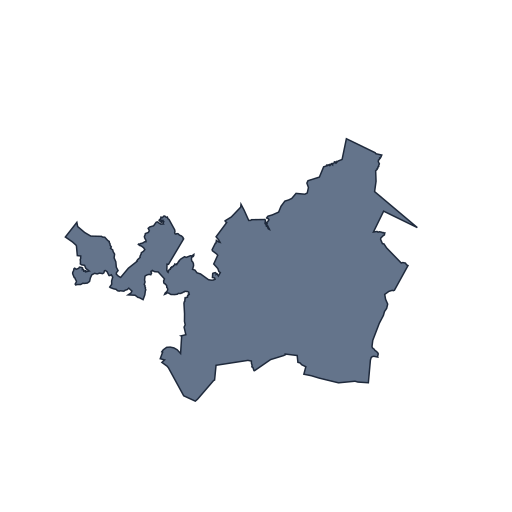 Tlapa de Comonfort, Guerrero, Mexico (orthographic projection), rotated 126°
{"feature_id": "50627088B88355080019146", "entity_name": "Tlapa de Comonfort", "entity_type": "district", "adm_level": 2, "iso_a3": "MEX", "parent_name": "Mexico", "parent_adm1": "Guerrero", "projection": "orthographic", "projection_center": [-98.572, 17.528], "detail": "fine", "context": "isolated", "style": "filled", "palette": "slate", "viewbox_px": 512, "rotation_deg": 126, "n_neighbors": 0, "source": "geoboundaries", "source_scale": "gbopen_adm2", "svg_char_len": 6166}
<svg xmlns="http://www.w3.org/2000/svg" viewBox="0 0 512 512"><g transform="rotate(126 256 256)"><path d="M310.1,114.7L299.1,102.3L298.1,99.5L292.5,90.6L272.9,102.3L270.5,103.1L269.1,102.8L267.9,101.8L266.2,98.1L265.9,98.5L263.5,99.5L262.9,100.1L262.4,102.4L262.5,104.3L262.0,105.4L261.9,107.8L261.0,109.0L255.5,112.0L238.0,116.7L229.2,118.0L225.4,119.4L221.6,119.5L217.5,121.2L214.8,125.8L211.4,129.3L206.5,127.7L203.7,125.6L203.4,124.6L202.3,123.9L174.4,127.4L174.6,129.1L173.9,130.9L175.0,133.4L176.3,134.4L172.7,155.1L171.0,159.6L171.7,161.0L169.3,165.0L168.1,165.6L164.6,165.0L163.5,164.5L161.6,165.4L162.2,166.1L162.3,167.1L162.9,167.5L162.9,168.3L163.8,170.4L165.0,171.2L165.0,172.5L167.6,175.1L144.7,179.1L138.2,142.2L134.2,197.9L125.0,202.8L116.7,209.3L114.7,208.9L114.1,209.4L113.2,209.1L112.5,209.7L111.5,209.3L111.1,209.8L108.9,210.4L107.8,212.6L106.6,213.0L106.5,213.3L105.0,213.0L104.0,213.6L103.8,213.0L102.6,213.1L100.4,213.6L102.8,219.1L102.4,220.2L108.0,251.8L127.3,243.1L131.1,245.5L133.4,245.8L132.8,246.5L133.7,246.5L133.4,247.1L133.7,247.8L134.2,247.4L135.0,247.6L136.0,248.3L137.2,247.6L137.0,249.2L137.9,249.2L138.2,249.9L138.8,250.3L138.8,249.3L139.5,249.4L139.8,250.8L140.1,251.4L140.8,251.3L141.0,252.3L142.0,252.1L144.1,253.7L154.9,251.1L164.5,258.2L167.1,257.7L169.8,253.8L174.9,251.6L177.3,252.8L181.8,260.4L188.4,260.9L191.4,262.5L194.6,264.9L201.0,265.0L207.2,263.5L213.2,267.0L216.7,269.7L217.3,269.8L218.9,269.8L219.1,269.0L218.5,268.3L218.9,267.0L219.4,266.8L221.7,266.7L222.7,267.4L223.2,266.8L223.2,266.1L224.1,265.9L224.7,265.2L224.9,263.7L225.7,262.9L226.0,261.6L226.6,260.7L226.8,262.0L226.2,263.1L225.4,263.5L225.8,265.0L225.6,265.5L224.8,265.8L224.4,267.8L221.7,269.3L221.2,270.2L229.3,281.0L230.3,281.2L231.5,282.8L225.9,292.6L223.0,298.5L225.4,297.1L238.9,298.9L245.7,301.7L246.1,301.1L246.2,299.4L263.9,299.6L264.9,295.7L266.1,293.1L266.7,294.7L266.7,297.2L269.0,296.0L269.5,296.4L276.7,295.2L277.4,294.3L277.5,288.9L277.9,287.4L287.3,285.5L288.6,279.5L290.4,276.9L290.4,275.1L294.3,274.7L293.3,276.9L294.3,277.4L293.5,277.8L293.3,279.1L295.2,280.7L295.7,280.7L299.0,278.6L298.1,276.6L298.9,275.4L300.8,276.6L301.8,277.9L303.1,280.5L303.1,290.3L304.3,293.9L303.3,297.1L304.1,299.5L300.5,300.8L299.0,302.1L298.1,303.5L297.8,305.0L296.5,306.4L294.9,307.3L293.3,306.5L292.2,306.6L291.3,307.2L293.2,307.8L293.9,308.3L294.3,309.2L298.1,311.6L298.6,313.4L302.8,315.1L305.0,315.4L305.5,315.1L305.9,315.4L308.5,315.1L308.9,315.5L309.4,315.3L309.3,315.7L310.2,316.1L310.2,316.9L311.0,316.6L312.4,317.1L312.8,316.8L314.0,317.2L314.3,317.8L315.2,317.6L315.5,318.1L317.1,317.5L317.5,318.1L319.1,318.2L320.9,317.5L320.8,318.4L319.8,319.9L314.9,323.2L314.2,321.9L284.7,324.6L284.7,325.2L283.9,325.9L283.6,328.1L284.1,330.2L283.8,332.1L284.3,333.1L285.4,333.7L285.6,334.6L284.9,335.6L283.9,335.9L282.6,337.2L277.6,347.8L277.6,349.2L276.6,350.6L277.3,351.1L277.5,352.1L277.3,353.3L278.0,354.1L280.1,354.3L280.4,354.8L280.3,355.8L280.6,356.3L280.5,355.7L280.9,355.2L281.6,355.3L282.4,354.8L283.1,355.4L284.1,355.4L284.4,354.9L284.2,353.9L282.8,353.4L282.3,352.7L283.8,353.2L285.0,352.1L283.6,352.7L283.3,351.1L281.7,351.1L284.3,350.3L284.5,349.7L286.2,351.7L286.4,355.9L287.4,356.6L291.8,356.6L294.9,359.0L297.0,359.5L298.3,357.1L300.3,357.0L302.9,358.7L304.1,358.1L305.8,357.8L306.7,356.9L308.0,354.3L309.1,353.4L309.9,354.4L312.3,355.4L314.0,356.9L314.9,357.0L315.3,358.0L315.8,358.0L315.8,355.9L315.3,354.8L315.4,351.7L316.2,349.7L318.3,349.8L320.8,350.7L321.9,350.1L324.4,349.7L325.2,348.9L328.4,349.6L330.1,349.5L330.2,349.1L340.9,352.1L352.9,352.9L353.2,355.5L352.8,358.3L351.6,359.1L348.9,359.0L347.2,362.4L343.1,366.0L340.9,369.7L337.6,371.5L336.5,374.1L335.3,375.5L335.3,378.2L333.7,378.4L333.0,380.4L331.9,381.3L331.3,382.7L330.5,383.3L330.6,385.0L329.7,389.4L330.9,391.2L330.9,392.5L337.0,401.3L337.7,408.4L337.0,417.6L334.1,420.7L352.7,421.4L352.5,412.7L353.0,408.0L353.4,407.2L360.7,400.8L359.0,397.8L361.1,396.4L362.2,396.1L364.0,394.5L365.7,393.5L365.6,391.8L364.3,389.2L366.0,386.5L366.2,382.1L369.1,384.6L369.0,385.0L368.1,385.2L369.5,386.5L368.5,387.3L368.4,388.1L369.0,388.5L367.6,389.4L368.0,390.9L368.8,392.3L370.1,392.2L372.4,393.6L372.4,395.5L373.2,395.8L375.2,394.9L376.9,394.7L378.1,393.9L380.3,390.4L380.2,389.5L381.2,388.1L381.6,386.9L382.4,386.1L385.0,385.8L385.4,384.8L384.3,384.0L382.1,381.1L379.7,380.0L379.4,379.1L377.0,376.5L374.4,375.7L371.1,377.1L367.8,377.8L364.9,376.4L363.8,373.9L361.8,372.5L360.4,369.7L359.0,369.2L357.0,369.9L356.3,369.4L356.2,367.3L358.2,363.5L357.8,362.8L356.2,362.0L357.3,359.5L361.1,358.1L363.7,356.1L367.1,356.1L367.2,355.4L366.2,351.8L365.2,349.5L365.5,347.7L364.8,346.0L363.9,345.4L362.1,342.2L360.7,341.8L358.8,340.4L356.8,340.0L357.3,335.8L359.4,335.4L362.6,336.6L358.8,330.7L358.9,327.2L358.3,326.0L357.7,321.7L352.8,323.1L349.1,325.1L348.2,325.2L347.2,326.6L346.4,327.0L346.1,327.9L345.3,328.3L344.7,329.7L342.2,330.5L341.0,332.0L337.7,333.9L336.9,333.8L335.1,332.9L333.7,331.7L333.0,330.1L331.3,330.4L330.5,331.8L329.9,331.9L329.4,331.3L328.6,331.4L328.3,328.9L326.4,325.8L328.3,316.6L330.5,316.1L331.9,314.8L332.2,313.9L331.9,313.2L332.5,310.8L333.8,309.8L334.1,308.6L335.1,307.6L337.0,307.2L339.2,307.7L340.7,307.4L339.2,306.5L338.4,306.5L337.9,305.9L337.3,304.7L337.2,302.3L335.0,299.1L333.2,297.2L332.0,296.9L330.5,294.8L329.6,294.5L328.9,293.8L327.6,293.5L327.2,292.9L326.4,292.8L325.0,290.5L324.8,289.2L326.2,287.6L326.7,288.3L327.4,287.6L328.3,288.0L329.6,287.2L330.7,288.3L331.8,288.3L331.8,288.6L334.7,286.9L335.3,287.1L336.6,286.5L344.8,279.8L351.0,275.4L353.3,272.8L355.8,272.4L360.9,266.5L364.7,269.7L364.6,269.0L379.2,259.7L378.2,264.7L378.6,268.4L380.1,271.8L382.4,274.6L386.4,275.9L388.9,275.9L388.7,275.0L395.4,273.1L393.8,268.9L397.4,269.6L397.4,263.2L397.9,261.2L411.6,232.3L409.1,219.8L406.1,219.1L381.6,217.1L380.7,216.6L367.9,224.1L345.2,201.2L343.7,198.0L345.5,196.6L346.6,195.0L348.1,194.2L348.0,193.0L349.9,190.3L349.7,189.8L331.2,183.3L320.4,175.2L318.6,174.2L318.1,174.7L312.3,164.2L317.4,159.6L316.6,157.6L317.1,155.1L316.3,150.6L323.5,147.8L320.3,140.8L317.6,133.0L310.1,114.7Z" fill="#64748b" stroke="#1e293b" stroke-width="1.5"/></g></svg>